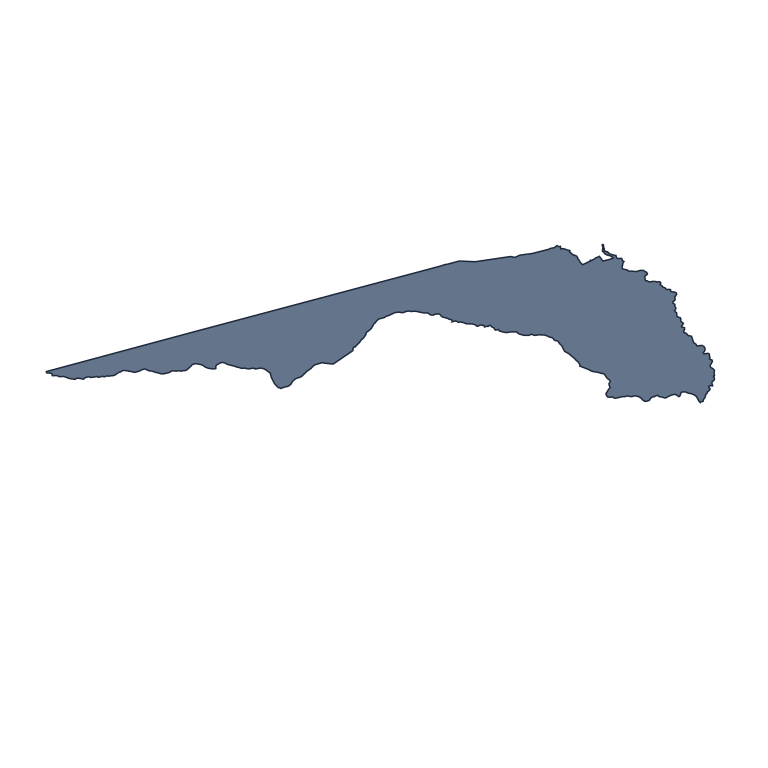 Alajuela, Alajuela, Costa Rica (Equal Earth projection), rotated 255°
{"feature_id": "36466004B67061549070759", "entity_name": "Alajuela", "entity_type": "district", "adm_level": 2, "iso_a3": "CRI", "parent_name": "Costa Rica", "parent_adm1": "Alajuela", "projection": "equal_earth", "projection_center": [-84.238, 10.164], "detail": "fine", "context": "isolated", "style": "filled", "palette": "slate", "viewbox_px": 768, "rotation_deg": 255, "n_neighbors": 0, "source": "geoboundaries", "source_scale": "gbopen_adm2", "svg_char_len": 6149}
<svg xmlns="http://www.w3.org/2000/svg" viewBox="0 0 768 768"><g transform="rotate(255 384 384)"><path d="M483.6,210.8L483.4,61.1L482.3,60.9L481.7,61.6L481.0,64.2L480.1,65.7L479.3,66.0L478.0,65.7L477.7,66.2L477.0,69.7L474.9,72.8L474.3,76.2L472.6,79.1L471.3,80.5L469.8,83.5L469.3,85.1L468.6,86.0L468.6,87.4L469.1,89.1L467.8,92.4L466.5,94.5L466.7,95.9L467.5,96.8L467.5,100.8L466.2,102.2L466.1,103.9L465.8,104.6L465.5,109.0L464.6,109.4L464.4,109.8L464.2,111.2L464.4,113.4L464.2,114.2L463.3,115.6L463.5,118.1L462.6,121.2L462.6,122.6L462.2,124.1L462.2,126.2L463.8,130.7L463.8,132.4L464.7,135.3L463.3,139.3L462.2,141.0L461.5,143.1L460.5,144.6L459.7,146.6L459.8,151.3L460.4,153.4L460.4,155.0L460.6,155.4L460.4,157.1L457.7,160.2L456.3,163.7L454.5,166.0L453.9,167.5L451.5,171.4L450.8,173.9L450.7,179.8L451.4,181.8L451.4,183.7L450.4,186.0L449.7,189.8L448.9,191.5L448.9,193.7L448.4,195.3L448.4,196.1L448.7,196.7L448.7,197.3L451.2,202.2L452.3,203.6L452.5,205.3L452.4,207.4L450.1,212.3L448.4,214.4L446.7,215.6L444.7,218.3L442.9,222.4L442.4,224.7L442.5,225.6L444.7,226.1L445.7,227.3L446.9,232.0L446.4,234.1L445.3,236.0L443.4,237.9L440.0,244.0L438.0,246.9L437.7,247.9L436.0,250.3L435.5,253.1L433.5,257.3L433.4,260.1L432.9,262.4L432.6,263.1L431.8,263.4L431.4,268.8L430.0,271.6L428.1,273.7L423.9,276.9L419.3,276.9L412.7,278.3L408.1,280.8L407.4,282.1L406.4,283.1L406.8,287.6L406.6,289.5L406.7,291.5L408.0,294.2L410.1,296.2L411.9,299.8L412.1,301.3L412.2,304.0L412.6,306.4L416.2,312.8L418.0,317.6L419.7,320.3L420.4,322.2L420.6,329.7L419.5,332.0L416.4,340.1L424.3,362.6L426.6,363.4L426.9,363.8L427.4,364.6L427.3,366.0L428.1,366.9L430.6,371.3L432.6,373.5L433.4,375.7L436.3,379.2L438.3,380.2L439.9,384.3L441.0,386.2L445.0,390.2L445.2,391.2L446.8,393.1L448.1,395.6L448.1,401.9L449.0,403.8L448.8,405.5L450.1,413.2L449.6,416.8L448.1,420.2L448.0,422.1L448.3,423.1L448.3,425.6L447.8,427.7L447.0,428.8L446.5,431.9L445.5,434.7L444.6,436.2L442.3,440.9L441.5,444.2L440.9,445.0L439.0,446.5L438.2,447.9L438.0,449.3L437.8,449.4L438.0,450.2L438.0,453.2L437.5,455.2L436.8,456.0L434.5,457.1L433.6,457.8L431.0,462.3L429.4,464.0L429.1,465.0L428.5,466.0L427.0,466.2L426.5,465.8L426.4,469.4L425.4,470.9L424.3,471.6L424.3,473.6L422.7,476.7L420.9,479.0L419.0,485.3L417.2,487.9L416.0,488.4L415.7,488.9L415.5,489.7L416.1,492.6L414.4,495.8L413.2,495.8L413.0,496.0L413.2,498.5L412.7,499.2L412.7,499.7L413.1,500.0L413.2,502.1L411.6,502.6L409.9,504.5L407.3,505.4L406.9,508.8L405.3,509.2L404.7,510.1L404.5,511.0L403.8,511.6L401.9,515.6L401.6,519.1L401.0,521.9L400.7,522.5L400.3,525.2L398.1,526.7L397.1,527.9L394.9,531.5L393.5,536.4L393.9,539.5L392.4,541.3L391.8,542.7L391.3,547.3L390.7,548.4L389.8,551.6L388.4,553.8L386.9,555.5L385.3,558.2L384.3,559.1L382.4,559.9L381.5,560.8L381.2,562.2L379.8,563.4L377.7,563.9L375.2,565.5L368.8,566.9L365.7,570.1L359.3,574.7L358.0,575.2L354.6,577.5L351.3,578.3L350.6,577.8L345.0,585.4L343.2,587.2L341.7,589.5L340.2,593.1L337.9,596.9L337.3,598.5L336.6,599.3L331.6,601.1L329.2,603.1L328.0,603.3L326.1,601.4L325.1,601.2L322.0,601.4L320.5,599.3L319.1,598.0L317.3,595.9L315.1,595.9L313.4,596.9L312.5,599.7L312.5,601.3L311.1,602.4L310.3,603.9L310.0,611.5L309.5,612.9L309.4,616.7L308.3,618.1L307.7,620.0L307.7,622.2L307.3,624.3L305.7,626.9L304.0,628.5L301.6,629.8L299.9,631.2L299.4,632.7L299.5,635.9L300.0,636.7L301.3,638.0L301.9,639.5L302.0,641.1L301.7,641.7L302.2,643.1L302.2,645.0L301.7,646.0L301.2,646.0L300.4,646.8L299.6,648.8L297.8,651.7L297.7,653.2L298.0,653.7L298.9,658.5L298.8,662.2L297.0,664.4L295.5,665.4L295.6,666.5L299.0,668.9L299.0,670.7L298.1,673.6L296.6,675.2L294.7,679.1L292.2,681.8L290.2,682.8L285.7,683.8L284.4,684.6L284.6,684.7L284.7,687.8L286.3,688.6L288.1,690.8L290.7,692.2L291.7,694.0L292.8,694.5L293.4,696.2L293.9,697.0L294.9,697.7L295.4,697.7L296.4,696.8L297.8,697.1L297.8,699.3L297.2,700.6L297.2,701.0L300.0,700.9L301.1,701.4L301.7,702.8L302.9,704.4L305.0,704.7L306.2,704.2L306.5,704.5L306.6,705.3L307.0,705.6L309.6,705.7L311.3,706.7L312.4,706.5L313.7,705.7L315.5,703.8L316.8,703.6L317.6,704.0L320.8,707.1L321.9,707.1L322.5,706.9L323.0,705.9L324.0,704.9L325.5,705.8L327.3,705.6L328.4,706.0L329.0,705.9L329.9,704.6L330.1,701.8L330.7,700.5L331.7,700.7L332.6,702.0L334.4,703.2L335.9,703.2L337.3,702.8L339.0,701.1L339.6,696.7L339.9,696.0L341.6,695.7L343.8,693.8L350.5,693.4L352.2,690.3L354.7,689.1L356.2,686.9L357.2,687.0L358.6,688.3L360.5,688.9L362.1,686.3L362.5,686.2L365.1,688.9L367.7,687.0L368.8,687.1L369.7,687.5L371.3,687.4L372.3,685.7L373.5,684.5L377.1,685.1L378.7,683.7L379.5,683.6L380.5,684.9L381.7,685.6L383.6,685.1L384.5,685.1L385.6,685.6L387.4,684.0L387.8,683.9L388.5,684.3L389.7,686.8L390.3,687.1L392.4,687.3L395.1,690.0L396.4,689.9L397.5,688.7L398.6,685.9L399.5,684.8L401.0,685.2L401.7,683.8L401.8,682.3L402.4,681.2L404.1,680.4L405.7,678.2L407.1,677.9L408.3,676.5L408.8,676.5L410.0,677.6L411.3,676.9L411.7,676.1L411.7,674.7L412.6,673.1L413.6,670.1L413.7,667.6L414.5,665.9L415.6,664.8L416.1,663.4L417.8,663.3L420.7,663.9L421.7,666.6L422.2,667.0L424.2,666.5L424.6,665.5L426.4,664.3L427.4,661.2L427.3,657.1L428.0,654.6L428.9,652.8L429.2,650.8L430.0,649.3L431.4,648.3L432.6,645.7L433.7,644.1L434.8,644.1L438.7,646.0L439.5,646.6L440.2,647.5L441.5,646.3L443.5,646.2L443.9,645.9L444.9,641.7L446.3,641.3L448.2,641.3L448.7,639.6L449.9,638.1L450.6,636.6L451.4,635.6L453.9,634.1L454.9,632.1L455.7,631.5L456.6,631.4L457.9,631.9L459.0,631.5L461.5,632.0L462.1,631.5L462.2,630.9L460.4,630.6L459.3,630.9L456.9,629.7L455.6,629.4L453.9,630.6L452.3,631.2L450.8,633.0L449.2,635.7L447.5,637.4L446.3,638.1L446.0,634.6L446.1,627.5L446.4,627.1L451.6,625.1L451.2,623.4L451.1,621.5L450.2,619.3L449.6,615.7L450.1,615.5L449.9,615.1L449.4,615.1L447.8,606.8L450.4,605.2L453.9,604.2L455.0,603.5L455.8,603.8L457.6,603.2L458.6,602.1L459.3,600.9L459.6,600.7L460.3,599.5L461.8,598.9L463.1,597.5L463.8,597.5L464.3,598.0L464.8,597.5L465.0,597.7L466.1,595.5L466.8,594.8L468.2,592.4L468.6,591.5L468.7,589.8L471.3,590.0L471.3,589.0L472.3,587.1L472.9,586.9L471.6,583.9L471.9,579.7L471.5,578.0L471.7,561.0L473.3,548.5L472.4,543.3L474.4,539.2L478.5,503.8L483.3,488.5L483.3,475.9L483.6,474.1L483.3,468.4L483.6,210.8Z" fill="#64748b" stroke="#1e293b" stroke-width="1.5"/></g></svg>